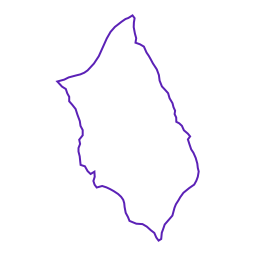 outline of Mesópolis, São Paulo, Brazil
{"feature_id": "56859067B74939382420673", "entity_name": "Mesópolis", "entity_type": "district", "adm_level": 2, "iso_a3": "BRA", "parent_name": "Brazil", "parent_adm1": "São Paulo", "projection": "robinson", "projection_center": [-50.616, -19.955], "detail": "fine", "context": "isolated", "style": "outline", "palette": "violet", "viewbox_px": 256, "rotation_deg": 0, "n_neighbors": 0, "source": "geoboundaries", "source_scale": "gbopen_adm2", "svg_char_len": 1442}
<svg xmlns="http://www.w3.org/2000/svg" viewBox="0 0 256 256"><path d="M57.3,81.5L62.0,86.6L65.8,89.0L67.3,93.4L69.2,96.8L69.2,101.3L72.2,104.7L75.6,109.0L77.4,114.6L79.8,121.1L80.5,125.9L82.7,130.1L82.7,135.3L79.2,139.7L80.1,143.9L78.5,148.0L78.5,151.6L79.7,156.3L80.2,161.3L80.6,164.9L84.9,166.3L87.6,171.1L90.6,174.0L94.4,171.7L94.7,176.8L93.4,181.0L94.6,184.7L96.7,187.5L102.2,186.0L106.5,187.4L110.1,189.1L113.7,191.1L118.1,194.0L121.1,196.8L123.2,199.8L124.2,203.1L124.6,207.0L125.7,212.8L128.0,217.1L129.5,220.9L136.3,223.7L142.5,224.1L146.8,226.6L150.9,230.3L154.3,232.9L156.3,237.5L158.6,240.6L161.2,239.0L161.8,232.7L163.0,229.5L164.7,224.5L167.4,221.4L172.4,215.6L174.5,207.8L175.9,204.3L178.4,200.4L180.3,197.1L183.4,192.8L189.3,188.0L194.2,184.6L196.3,180.8L197.8,176.8L198.7,171.5L197.8,167.9L197.3,163.6L195.7,157.9L193.4,152.7L191.2,149.4L189.5,144.4L187.9,139.4L190.1,136.4L187.9,133.7L183.9,130.3L181.9,125.8L179.2,123.3L176.3,121.8L176.2,117.5L174.6,114.1L175.1,110.7L173.5,107.2L172.5,103.2L169.6,98.3L168.1,93.2L164.9,89.6L161.9,86.4L159.6,80.6L158.9,75.1L156.8,69.4L152.9,63.4L150.5,58.9L148.8,55.9L146.5,52.5L143.9,46.6L140.0,44.3L135.5,42.7L136.2,38.2L134.9,33.5L133.7,27.1L133.9,22.4L134.6,18.2L132.5,15.4L128.3,18.0L125.5,19.0L121.6,21.7L114.9,26.9L110.6,31.8L106.8,38.4L98.8,56.2L93.9,63.6L87.6,70.4L84.3,72.7L80.3,74.4L76.6,75.3L68.7,77.4L64.3,79.6L57.3,81.5Z" fill="none" stroke="#5b21b6" stroke-width="2"/></svg>